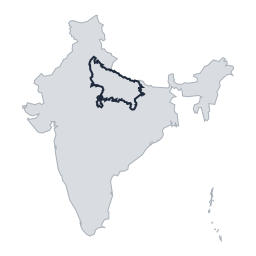 Uttar Pradesh on a map of India (orthographic projection)
{"feature_id": "IND-3253", "entity_name": "Uttar Pradesh", "entity_type": "State", "adm_level": 1, "iso_a3": "IND", "parent_name": "India", "parent_adm1": "", "projection": "orthographic", "projection_center": [80.221, 27.157], "detail": "medium", "context": "in_parent", "style": "outline", "palette": "slate", "viewbox_px": 256, "rotation_deg": 0, "n_neighbors": 0, "source": "natural_earth", "source_scale": "10m", "svg_char_len": 5228}
<svg xmlns="http://www.w3.org/2000/svg" viewBox="0 0 256 256"><path d="M22.5,106.0L26.6,105.5L27.3,102.7L34.7,104.6L39.8,103.0L41.4,104.6L43.9,103.4L41.7,92.9L39.0,92.3L37.9,90.6L38.6,85.8L34.2,83.5L34.6,80.4L41.4,73.5L44.0,76.3L51.8,74.8L55.6,68.6L59.7,66.6L63.6,59.4L66.6,58.3L67.4,55.5L72.8,50.9L72.1,49.6L72.6,44.5L78.1,41.5L77.5,40.2L73.8,39.0L73.7,36.9L71.6,36.7L71.4,34.9L69.4,33.2L70.6,30.6L69.5,28.8L71.5,27.1L69.2,25.9L69.7,24.7L68.6,23.5L69.9,21.3L72.2,20.5L81.5,23.0L87.5,21.3L95.8,15.4L97.4,15.5L97.1,17.4L99.1,22.6L103.4,25.1L101.7,27.5L102.2,31.6L104.4,34.3L105.0,39.8L102.9,40.9L101.4,39.0L99.3,39.6L101.6,44.2L101.6,49.3L104.1,48.7L106.8,52.1L111.4,53.7L111.7,55.5L117.4,58.8L113.1,62.4L110.8,69.7L123.6,77.5L129.6,79.0L130.1,80.3L134.1,81.4L139.9,80.2L143.7,81.7L144.3,83.8L148.4,86.0L150.8,85.2L152.5,87.0L168.6,88.0L169.6,85.1L168.1,81.8L168.8,75.1L171.9,73.7L173.5,74.3L173.4,78.3L174.5,79.9L173.5,81.1L176.7,83.9L181.2,84.5L185.2,82.6L188.1,83.3L197.1,81.8L197.4,78.2L193.7,76.4L193.8,74.7L200.2,73.1L204.5,66.5L207.9,65.3L213.4,59.9L218.9,61.5L222.9,57.6L225.3,59.0L223.9,60.5L224.2,61.8L226.1,60.5L227.4,62.7L225.7,65.8L227.9,65.1L233.1,66.4L233.5,68.7L230.8,71.9L232.8,75.5L230.0,74.1L226.3,75.2L219.5,81.5L220.1,86.0L216.8,92.4L217.9,94.5L214.7,104.4L208.8,103.6L209.7,111.1L208.3,112.1L208.8,118.6L207.2,120.7L205.7,119.7L204.7,121.1L201.2,107.5L198.8,107.7L197.0,113.6L195.5,111.9L194.7,112.8L193.3,109.0L194.5,104.7L198.1,103.6L199.6,101.7L200.2,97.7L201.9,97.1L198.7,95.5L187.0,96.7L182.5,95.9L182.1,90.6L180.8,88.5L180.0,90.3L178.7,90.3L176.0,87.2L174.7,88.6L171.2,86.3L171.8,87.9L169.5,91.9L176.1,96.7L172.5,97.5L169.6,102.2L174.9,104.8L174.1,109.7L175.4,113.1L177.0,113.5L178.6,125.9L177.1,125.3L176.4,126.6L175.4,122.3L175.1,126.1L172.9,125.5L171.7,126.5L172.0,122.4L170.0,120.6L171.7,122.6L170.3,125.1L164.0,128.1L162.3,130.3L163.4,134.6L161.8,137.9L159.0,140.5L158.0,140.2L157.8,141.4L153.0,143.3L152.4,141.8L150.5,142.9L150.0,144.2L152.0,143.9L146.9,148.1L142.0,155.0L128.6,165.0L127.8,169.3L123.9,171.2L120.2,171.2L117.8,175.9L115.2,174.8L112.4,176.3L110.5,181.4L112.5,194.0L111.3,192.2L110.6,193.1L112.8,195.0L107.6,211.2L108.9,212.1L108.8,218.9L104.6,219.4L101.5,224.8L102.2,226.6L105.3,227.7L101.9,227.1L97.4,228.3L95.5,230.0L94.4,233.9L90.0,236.1L86.4,234.2L82.3,229.6L80.5,225.2L79.9,221.5L81.6,224.6L80.7,221.6L75.9,210.1L69.9,200.4L65.8,184.9L62.5,180.1L61.7,175.4L60.5,174.9L58.1,168.8L55.2,151.0L56.3,148.0L56.1,146.9L55.0,148.3L54.8,147.5L54.9,145.7L56.2,145.9L54.7,145.2L54.0,141.3L56.0,134.6L54.2,128.8L55.1,128.1L54.2,128.1L58.1,126.0L53.8,126.1L55.1,124.0L53.7,123.9L54.0,122.4L56.0,121.9L51.3,121.3L51.9,122.8L50.0,124.9L51.5,127.4L49.6,130.3L41.9,133.1L37.9,132.0L27.4,119.3L28.1,118.2L29.6,119.5L36.5,117.8L39.1,113.8L32.8,115.9L29.7,114.9L25.5,111.8L24.1,108.5L26.9,106.5L22.8,108.2L22.5,106.0ZM211.1,204.5L209.5,202.0L211.4,199.0L211.5,190.0L213.0,188.3L211.9,193.3L212.8,196.4L211.9,197.3L211.1,204.5ZM221.0,236.9L221.2,240.6L219.8,238.7L221.0,236.9ZM209.7,212.3L208.7,212.5L208.5,210.9L209.7,209.6L209.7,212.3ZM217.3,231.3L217.3,232.4L217.0,231.4L217.3,231.3ZM218.5,229.6L218.1,231.2L218.2,229.6L218.5,229.6ZM220.0,235.7L219.6,236.9L219.3,236.5L220.0,235.7ZM212.6,222.8L211.8,223.0L212.2,222.3L212.6,222.8ZM210.9,205.1L210.2,205.7L210.5,204.7L210.9,205.1ZM213.2,200.3L213.6,201.3L212.8,200.6L213.2,200.3ZM215.4,229.7L214.8,229.6L215.1,229.0L215.4,229.7ZM210.7,193.3L210.4,194.5L210.5,193.2L210.7,193.3Z" fill="#d9dde1" stroke="#a8b0b8" stroke-width="1"/><path d="M129.6,78.8L130.2,80.4L133.0,80.8L134.1,81.7L134.8,80.5L138.5,81.6L139.9,84.9L141.0,85.1L141.2,86.2L142.3,87.0L140.2,87.1L139.8,87.8L138.9,88.0L138.9,88.6L140.9,89.2L140.9,90.1L139.5,90.7L141.5,92.9L142.3,92.8L144.1,94.0L143.5,94.7L142.0,94.4L141.7,95.3L140.7,94.5L134.9,99.1L135.1,101.7L136.3,102.8L136.4,104.5L135.5,104.8L135.9,106.0L134.2,109.3L132.1,109.6L130.6,108.4L130.1,107.5L130.8,106.3L130.5,104.5L131.1,104.2L130.4,103.1L128.2,103.2L128.1,103.8L127.3,103.9L126.6,102.2L124.7,102.0L123.9,100.7L121.9,100.3L121.6,99.3L120.7,100.1L119.4,99.6L118.4,101.7L115.9,101.1L116.4,99.2L115.2,99.8L115.5,100.3L114.4,99.8L113.6,100.0L113.8,100.9L112.4,100.9L112.2,100.3L113.3,99.5L112.3,97.6L111.7,97.6L109.1,99.0L109.2,99.8L106.9,99.5L105.5,100.4L106.1,98.6L105.1,99.0L105.2,98.0L104.9,99.6L103.0,99.5L102.8,98.7L101.9,99.5L102.6,97.5L102.1,96.6L101.6,97.5L101.3,96.7L100.8,96.9L100.8,98.1L99.8,97.6L99.3,98.7L100.8,102.2L100.7,103.7L101.8,104.0L102.6,105.7L101.4,107.3L99.0,105.7L98.1,106.6L97.0,104.8L97.4,104.0L96.7,102.0L97.8,100.9L98.2,99.4L97.3,97.6L98.2,96.4L101.0,95.7L100.9,94.6L102.6,92.0L102.5,90.7L103.4,90.0L103.3,89.2L102.4,87.0L98.2,85.7L97.1,86.0L97.5,85.2L96.9,85.0L95.8,85.6L93.7,85.0L91.3,86.2L91.5,85.4L93.7,84.4L92.1,83.8L93.2,82.8L90.9,79.4L90.6,77.8L92.4,76.7L92.0,75.4L92.6,74.3L90.3,69.5L90.0,64.7L89.4,64.6L89.6,62.7L90.7,60.1L93.8,56.8L95.8,58.2L94.4,60.2L94.9,62.8L95.9,62.3L97.2,62.7L97.2,60.7L97.7,60.4L100.6,63.9L102.6,64.8L101.1,65.9L102.5,67.4L103.6,67.1L105.8,68.6L106.3,69.6L108.9,69.3L110.1,70.5L110.9,69.8L113.8,71.9L114.3,71.0L116.8,72.9L118.7,73.5L119.6,75.4L120.3,75.2L123.7,77.6L124.9,77.1L127.6,79.0L129.6,78.8Z" fill="none" stroke="#1e293b" stroke-width="2"/></svg>